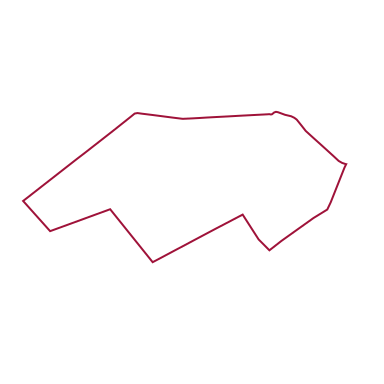 outline of Gedo, rotated 52°
{"feature_id": "SOM-2314", "entity_name": "Gedo", "entity_type": "Region", "adm_level": 1, "iso_a3": "SOM", "parent_name": "Somalia", "parent_adm1": "", "projection": "orthographic", "projection_center": [41.827, 2.779], "detail": "fine", "context": "isolated", "style": "outline", "palette": "rose", "viewbox_px": 384, "rotation_deg": 52, "n_neighbors": 0, "source": "natural_earth", "source_scale": "10m", "svg_char_len": 878}
<svg xmlns="http://www.w3.org/2000/svg" viewBox="0 0 384 384"><g transform="rotate(52 192 192)"><path d="M177.1,84.9L178.3,83.1L179.5,82.1L180.0,81.0L179.9,78.3L180.5,76.5L182.1,75.1L188.4,71.2L193.4,67.2L196.5,65.7L199.4,64.9L207.1,64.8L213.9,64.8L224.4,63.0L238.0,60.6L251.4,58.3L257.8,57.3L261.5,55.8L264.8,53.6L265.0,53.4L266.7,56.9L285.5,89.0L289.1,96.2L287.3,112.3L285.6,151.7L285.6,166.9L270.4,168.7L241.0,166.0L235.6,195.5L232.9,210.7L223.1,266.2L155.2,267.1L135.5,327.9L95.1,330.6L95.1,329.0L95.1,317.9L95.1,306.7L95.1,295.5L95.1,284.3L95.1,273.2L95.1,262.0L95.2,252.4L95.2,242.9L95.2,233.4L95.2,223.9L95.2,217.2L95.1,205.2L95.0,193.7L94.9,188.9L96.2,186.4L99.3,183.4L106.6,176.1L114.0,168.8L121.3,161.6L128.6,154.3L133.3,147.7L137.9,141.1L142.5,134.4L147.1,127.8L154.6,117.1L162.1,106.3L169.6,95.6L177.1,84.9Z" fill="none" stroke="#9f1239" stroke-width="2"/></g></svg>